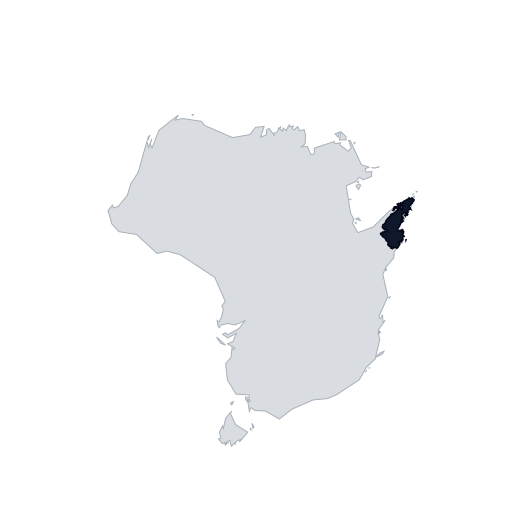 Cook, Queensland, Australia shown in context, rotated 44°
{"feature_id": "25037944B35622910690770", "entity_name": "Cook", "entity_type": "district", "adm_level": 2, "iso_a3": "AUS", "parent_name": "Australia", "parent_adm1": "Queensland", "projection": "natural_earth1", "projection_center": [143.95, -13.681], "detail": "fine", "context": "in_parent", "style": "filled", "palette": "ink", "viewbox_px": 512, "rotation_deg": 44, "n_neighbors": 0, "source": "geoboundaries", "source_scale": "gbopen_adm2", "svg_char_len": 9234}
<svg xmlns="http://www.w3.org/2000/svg" viewBox="0 0 512 512"><g transform="rotate(44 256 256)"><path d="M334.3,114.8L339.0,137.4L344.8,136.3L351.4,143.0L352.5,156.9L356.4,161.7L357.3,174.5L360.1,181.2L379.0,193.6L386.4,214.0L388.5,215.1L388.9,211.4L393.0,215.1L393.7,213.3L395.3,223.7L397.7,226.8L403.0,230.0L413.3,247.4L412.7,259.1L416.3,273.2L410.4,299.4L406.5,308.9L397.2,319.7L388.3,341.1L386.0,357.1L370.4,361.0L362.6,367.8L357.7,368.5L359.1,372.4L351.5,366.6L352.6,365.3L352.1,363.9L350.7,363.8L348.2,366.3L346.4,364.8L349.4,362.4L347.7,360.6L337.5,369.3L321.5,365.0L308.9,354.5L308.4,346.2L302.5,338.7L304.9,339.0L304.8,336.8L296.5,339.0L298.9,333.4L295.5,325.3L292.6,334.6L286.4,335.5L287.4,332.4L290.3,332.4L294.2,319.7L292.9,310.2L288.8,320.2L282.7,324.0L278.7,330.0L279.4,333.0L276.9,332.6L272.8,329.3L275.3,329.2L273.4,323.3L269.3,316.7L266.1,315.8L265.4,310.0L241.2,300.0L201.0,307.6L188.4,314.4L183.2,322.9L155.1,323.5L140.5,333.7L130.2,333.1L118.0,326.1L117.3,319.1L120.2,320.3L122.4,316.1L121.4,301.8L115.8,291.1L113.1,277.6L98.0,249.5L103.3,252.5L99.7,244.0L102.2,249.0L106.2,250.5L98.8,232.9L102.2,208.7L103.5,214.4L107.6,208.2L123.0,197.1L128.6,197.7L156.9,187.1L167.2,173.0L166.3,163.8L171.8,157.2L176.8,167.4L179.2,161.7L176.0,157.7L176.9,155.1L186.3,156.8L183.3,155.9L185.2,151.8L183.4,148.2L188.4,147.8L186.5,145.1L190.7,144.7L189.2,140.9L192.7,136.5L193.0,139.1L195.9,138.8L196.1,133.9L200.3,135.6L202.9,131.7L207.4,134.4L213.5,141.2L212.6,146.7L216.6,141.4L225.2,144.9L226.9,142.0L223.0,137.8L232.8,119.3L234.8,120.5L238.1,115.9L239.3,117.8L249.6,116.4L249.3,111.9L242.3,108.6L243.5,107.5L268.4,117.1L275.6,113.6L273.9,117.2L276.9,119.2L280.6,114.8L283.9,118.5L280.1,126.8L275.7,127.5L276.0,133.5L272.1,142.8L294.7,159.8L300.9,161.5L302.8,165.6L313.0,168.4L320.1,153.7L320.6,132.2L321.7,124.1L324.2,122.2L322.3,118.5L328.5,103.0L334.3,114.8ZM346.3,386.8L358.3,391.4L372.5,388.5L373.3,401.3L372.3,399.0L370.9,401.7L370.4,410.1L365.4,406.7L362.2,414.3L356.1,413.7L357.3,411.6L352.0,407.9L349.9,401.4L352.2,402.6L346.7,393.5L346.3,386.8ZM230.7,107.6L237.8,107.6L240.1,109.9L235.4,114.5L230.7,107.6ZM283.9,341.6L296.0,341.3L290.9,343.4L283.9,341.6ZM282.1,132.3L283.6,136.9L279.1,136.1L279.8,132.8L282.1,132.3ZM412.6,245.4L412.4,240.1L414.2,235.7L414.9,238.9L412.6,245.4ZM369.3,379.2L373.3,380.3L373.4,382.1L369.3,379.2ZM230.0,109.0L232.6,113.5L228.0,113.2L230.0,109.0ZM342.0,380.0L339.7,379.5L341.0,376.5L342.0,380.0ZM306.4,157.9L304.2,159.3L302.1,160.0L303.1,157.4L306.4,157.9ZM97.9,248.3L96.0,245.7L95.7,243.3L96.0,243.2L97.9,248.3ZM372.5,383.8L374.0,385.0L371.0,384.0L372.5,383.8ZM396.8,224.4L398.4,224.3L398.4,226.7L396.8,224.4ZM357.8,174.3L359.8,175.7L359.4,176.5L357.8,174.3ZM365.3,411.2L365.4,413.3L363.9,412.6L365.3,411.2ZM415.1,261.1L415.2,264.0L415.1,261.1ZM248.9,107.4L247.7,106.1L248.4,105.5L248.9,107.4ZM282.2,107.6L280.5,109.9L282.5,105.9L282.2,107.6ZM415.4,257.6L414.6,258.6L415.2,257.6L415.4,257.6ZM285.1,149.8L284.1,150.3L284.7,149.2L285.1,149.8ZM278.6,132.1L277.4,132.4L278.1,131.0L278.6,132.1ZM112.9,197.2L112.6,199.1L112.0,198.9L112.9,197.2ZM326.4,101.9L326.3,103.5L325.8,102.4L326.4,101.9ZM350.8,364.6L351.1,365.6L350.6,365.3L350.8,364.6ZM280.0,110.6L277.7,112.2L280.1,110.2L280.0,110.6ZM189.3,138.6L188.4,139.7L189.0,138.4L189.3,138.6ZM366.1,409.7L365.4,410.1L365.8,409.4L366.1,409.7ZM305.4,163.4L304.1,163.3L304.7,162.4L305.4,163.4ZM184.7,146.9L184.0,147.6L184.0,146.1L184.7,146.9ZM371.9,405.3L370.9,405.9L371.2,404.8L371.9,405.3ZM327.2,97.7L327.0,98.7L326.3,98.2L327.2,97.7ZM350.2,365.9L351.2,366.8L349.5,366.6L350.2,365.9ZM381.3,193.5L380.4,193.6L380.8,192.3L381.3,193.5ZM388.2,211.3L387.7,211.3L388.1,210.3L388.2,211.3ZM346.8,385.2L346.6,386.0L346.3,385.0L346.8,385.2Z" fill="#d9dde1" stroke="#a8b0b8" stroke-width="1"/><path d="M325.8,120.6L325.0,120.7L324.8,120.9L324.5,120.8L324.3,120.5L324.1,120.7L324.5,120.3L324.5,120.6L324.8,120.6L325.1,119.9L325.1,117.9L326.6,117.9L325.8,119.0L326.9,118.7L327.3,119.1L327.3,119.4L327.6,119.5L328.1,120.1L328.4,119.8L328.6,119.9L329.4,121.0L329.4,121.5L326.4,121.3L325.5,126.0L325.7,127.4L325.2,130.1L324.3,131.6L324.2,132.4L324.8,134.1L324.7,135.9L324.7,137.4L324.9,137.4L324.8,138.8L325.1,140.8L325.8,141.9L326.0,142.7L325.9,144.5L325.6,145.4L326.8,147.6L330.1,147.9L330.2,146.5L332.6,146.8L332.5,148.1L332.1,148.1L332.0,149.4L331.2,149.4L331.1,150.7L330.5,150.7L330.5,152.0L330.0,152.6L329.9,153.2L330.2,153.6L330.8,153.9L331.1,153.7L331.9,153.8L332.5,153.7L333.1,153.9L333.3,154.1L334.4,153.9L334.7,154.0L336.1,153.4L336.7,153.6L337.2,153.9L337.4,153.8L338.1,153.8L338.2,154.1L339.0,154.6L339.4,154.5L339.6,154.3L339.8,154.3L340.0,154.0L340.3,154.3L340.6,154.1L341.3,154.4L341.8,154.3L342.0,154.8L342.3,155.4L342.5,155.6L343.0,156.3L343.2,156.1L343.3,156.2L343.5,156.2L343.8,155.7L344.3,156.3L344.6,156.2L345.1,156.4L345.2,156.2L345.6,155.8L346.0,156.0L346.4,156.2L346.6,155.6L346.8,155.4L347.1,155.5L347.2,155.8L347.7,156.5L348.0,156.1L348.2,156.3L348.4,156.2L348.7,156.2L349.0,156.0L348.8,155.7L349.2,155.1L349.2,154.9L348.9,154.8L348.9,154.6L349.1,154.4L349.4,154.6L349.8,153.9L349.8,153.4L349.6,153.3L349.6,152.7L349.9,152.5L350.1,152.6L350.2,152.4L350.3,152.3L350.7,152.4L351.0,152.2L351.1,152.4L351.3,152.1L351.4,152.3L351.6,152.4L351.7,152.6L352.0,152.3L351.9,152.0L352.1,151.5L351.9,151.2L352.0,150.8L351.9,150.4L351.6,149.7L351.7,149.2L351.2,148.7L351.3,148.3L351.2,147.9L351.0,148.0L350.9,147.9L351.0,147.9L350.8,147.5L350.5,147.5L350.4,147.7L349.8,147.5L349.9,147.4L350.3,147.4L350.2,147.0L350.0,147.3L349.7,147.3L349.6,147.2L349.4,147.3L349.3,147.1L349.4,146.8L349.5,146.8L349.5,146.5L349.4,146.5L349.3,146.1L349.7,146.0L349.7,144.9L349.8,145.0L350.1,145.0L350.4,144.9L350.6,144.8L350.4,144.7L350.3,144.3L350.2,144.5L350.1,144.1L350.3,144.1L350.4,143.4L350.1,143.4L350.2,142.1L349.8,141.7L349.2,141.6L349.1,141.4L348.7,141.1L348.6,140.5L348.4,140.4L348.3,139.9L347.7,139.9L347.3,139.7L347.2,139.3L346.8,139.4L346.5,139.3L346.3,139.0L346.0,138.6L346.0,138.1L346.2,137.5L346.2,137.4L345.7,137.5L345.7,137.0L345.8,136.6L345.1,135.7L344.9,135.7L344.5,136.6L343.7,137.0L343.2,137.0L342.7,136.5L342.6,137.2L342.3,137.7L341.2,138.7L340.5,138.8L339.9,138.6L339.6,138.4L339.2,138.0L338.9,137.3L338.6,136.0L338.6,135.3L338.4,134.3L337.9,133.8L337.7,132.8L337.3,132.3L337.2,131.8L337.4,130.5L337.6,129.8L337.6,129.4L337.7,128.6L337.2,128.7L337.1,128.8L336.9,128.7L336.9,128.9L335.5,129.3L335.5,128.8L335.8,128.5L336.1,127.8L335.8,127.4L335.5,127.4L335.7,127.0L335.0,126.9L334.8,127.0L334.9,126.0L333.8,126.1L333.4,125.9L332.7,125.8L332.0,124.6L332.6,124.2L332.5,123.5L332.2,123.4L332.2,123.1L332.0,122.8L332.1,122.6L332.3,122.7L332.3,122.4L332.3,122.1L332.3,121.8L333.1,121.8L333.2,121.5L333.5,121.3L333.5,121.0L333.6,120.6L333.8,120.7L334.2,120.5L334.3,120.6L334.4,120.4L334.3,120.8L334.5,121.3L334.6,121.9L334.4,122.2L334.7,122.6L334.8,123.5L335.2,123.1L335.4,123.1L335.3,122.8L335.3,122.5L335.6,122.7L335.8,122.7L336.0,122.0L336.3,121.7L336.1,121.6L336.4,121.0L336.3,120.8L335.4,120.4L335.1,119.9L335.1,119.1L334.9,118.8L334.4,118.5L333.6,118.5L333.5,118.4L333.7,117.3L333.7,116.9L333.5,116.7L334.4,115.1L334.6,115.0L334.9,114.9L334.6,114.8L334.2,115.0L334.1,114.5L333.7,114.2L333.4,114.5L332.7,114.6L331.7,113.8L331.7,111.8L331.5,110.3L331.5,109.9L331.8,109.4L331.6,108.8L331.2,108.4L331.2,106.6L330.9,106.2L330.8,105.8L328.0,105.8L327.7,106.2L327.8,106.9L327.7,107.2L327.8,107.6L325.7,107.9L325.8,108.7L325.6,110.2L325.2,111.0L324.8,112.9L324.5,113.4L324.3,114.8L324.3,115.0L324.6,115.0L324.8,115.4L324.9,115.6L324.7,115.8L324.9,115.9L325.0,115.9L325.2,115.1L325.6,115.1L325.3,115.3L325.4,115.6L325.1,115.8L325.2,116.3L325.0,116.0L324.8,116.1L324.8,116.4L324.7,115.8L324.4,116.0L324.5,116.7L324.5,116.9L324.1,116.8L323.6,117.1L323.6,118.2L322.7,118.0L323.5,118.4L323.5,118.8L323.0,119.6L322.6,119.4L322.2,119.5L322.0,119.4L321.5,120.6L321.8,120.7L322.0,119.6L322.1,120.2L322.3,120.3L322.4,119.9L322.7,119.8L322.9,120.3L323.2,120.7L323.5,120.8L323.8,120.8L323.8,120.5L324.0,120.7L323.9,121.3L323.6,121.4L323.8,121.6L323.7,121.8L323.5,121.7L323.2,122.3L323.2,123.1L322.8,123.1L322.5,123.5L322.0,123.9L321.9,123.8L321.4,124.6L321.7,125.0L321.8,126.2L322.3,126.9L322.8,127.4L322.8,128.0L323.3,128.0L323.5,127.6L322.7,124.7L323.6,124.1L323.2,123.9L323.4,123.5L323.8,123.5L324.1,122.2L324.9,123.3L325.4,122.7L325.2,122.2L324.9,122.2L324.8,122.6L324.5,121.9L325.6,121.7L326.4,121.1L325.8,120.6ZM335.4,123.0L335.1,122.9L335.1,122.6L335.4,123.0ZM324.0,122.5L323.9,122.2L324.0,122.5ZM322.3,119.7L322.5,119.6L322.4,119.7L322.3,119.7ZM324.0,121.7L323.9,121.7L324.0,121.6L324.0,121.7ZM343.2,135.6L342.9,135.9L343.3,136.0L343.2,135.6ZM322.5,117.4L323.2,117.6L323.3,117.5L323.0,117.3L322.5,117.4ZM352.6,140.4L352.9,140.6L352.7,140.2L352.6,140.4ZM343.1,135.5L342.8,135.4L342.7,135.9L343.0,135.6L343.1,135.5ZM350.4,147.3L350.3,147.2L350.3,147.4L350.7,147.4L350.6,147.2L350.4,147.3ZM323.6,121.5L323.7,121.3L323.4,121.3L323.6,121.5ZM348.6,138.8L348.9,139.0L349.0,138.9L348.9,138.8L348.6,138.8ZM343.1,136.3L343.2,136.2L343.1,136.3ZM343.7,134.9L343.7,135.1L343.7,134.9L343.7,134.9ZM342.6,136.3L342.8,136.1L342.6,136.3ZM337.5,126.5L337.6,126.3L337.5,126.5ZM336.9,120.2L336.7,120.1L336.9,120.2Z" fill="#0f172a" stroke="#020617" stroke-width="1.5"/></g></svg>